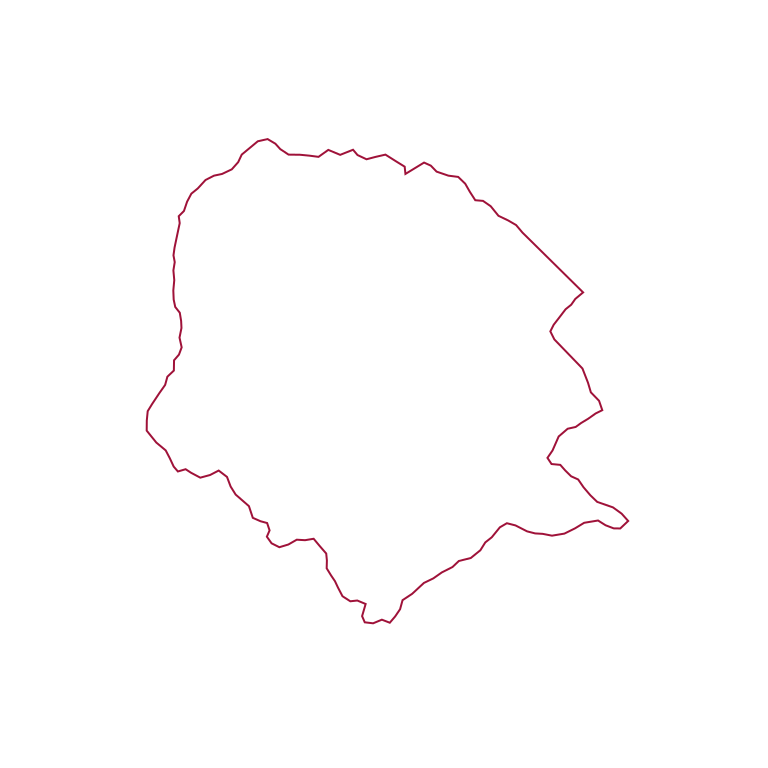 outline of Alto Alegre, São Paulo, Brazil, rotated 44°
{"feature_id": "56859067B22861032704344", "entity_name": "Alto Alegre", "entity_type": "district", "adm_level": 2, "iso_a3": "BRA", "parent_name": "Brazil", "parent_adm1": "São Paulo", "projection": "albers", "projection_center": [-50.184, -21.614], "detail": "fine", "context": "isolated", "style": "outline", "palette": "rose", "viewbox_px": 768, "rotation_deg": 44, "n_neighbors": 0, "source": "geoboundaries", "source_scale": "gbopen_adm2", "svg_char_len": 2217}
<svg xmlns="http://www.w3.org/2000/svg" viewBox="0 0 768 768"><g transform="rotate(44 384 384)"><path d="M654.8,312.9L645.0,312.2L634.4,313.7L619.3,320.7L609.8,320.7L599.4,319.7L590.0,317.8L582.7,320.4L574.3,320.3L567.0,319.7L560.1,325.2L552.9,323.6L551.4,314.7L546.1,300.4L547.2,288.6L551.7,281.8L552.9,275.1L555.0,267.2L556.7,258.2L559.2,251.2L550.4,246.7L538.6,246.3L529.9,241.4L516.0,235.0L475.6,233.6L467.1,230.6L464.9,223.5L463.8,213.5L462.7,204.1L463.6,196.9L462.5,189.9L463.6,179.8L378.4,178.9L368.6,177.9L359.7,180.1L349.5,183.5L337.3,182.0L328.0,183.5L322.0,188.4L312.2,186.1L303.3,183.5L293.5,183.5L285.6,189.4L274.3,194.7L266.0,194.4L259.0,196.9L253.5,218.0L247.9,213.3L238.3,215.4L225.7,218.0L220.1,226.6L215.3,234.5L205.9,237.7L199.0,237.0L193.3,249.6L181.3,254.3L179.1,266.1L171.8,271.5L164.5,277.3L156.0,285.3L146.2,287.1L138.9,286.6L130.1,288.7L124.6,297.1L123.6,306.2L122.3,317.8L125.0,325.7L125.4,335.3L121.6,345.4L117.0,352.2L113.9,361.2L114.2,372.7L113.2,380.9L115.7,389.6L119.9,398.5L119.8,405.9L125.3,410.2L131.3,419.8L138.6,431.4L143.2,437.7L148.8,441.7L153.6,448.6L161.0,455.0L167.5,463.1L174.1,469.4L180.3,473.6L187.6,474.6L194.3,479.6L199.4,484.4L204.7,492.7L213.0,498.2L216.1,505.3L216.5,512.8L223.5,520.3L223.1,529.2L227.2,536.7L228.7,546.4L231.1,559.5L232.9,567.7L238.7,575.0L245.7,582.4L260.9,584.3L273.1,583.4L281.5,586.2L290.1,589.5L296.5,590.1L300.5,583.1L306.8,581.9L316.9,579.0L322.1,570.3L325.2,561.1L335.6,559.9L344.9,564.3L354.1,566.6L361.7,566.2L371.7,565.7L382.6,571.4L390.5,568.5L396.5,565.2L403.4,568.8L405.8,575.2L413.8,576.7L422.1,574.1L426.7,565.9L429.4,556.6L435.7,551.2L440.9,544.2L450.2,545.2L460.2,546.1L465.5,550.6L470.8,556.4L479.0,558.5L485.7,559.9L492.3,562.4L501.6,565.5L510.7,563.7L515.2,558.3L523.6,555.0L529.5,566.2L535.7,568.8L542.4,563.7L546.2,555.0L554.0,551.7L553.5,543.5L552.0,534.8L547.5,526.6L550.0,515.4L550.9,499.4L554.5,489.6L556.5,479.3L560.4,468.1L560.8,459.3L567.3,448.9L568.8,436.6L566.9,427.6L568.0,419.4L566.9,406.6L569.1,398.8L576.8,394.4L589.3,390.6L596.5,386.5L602.2,381.6L610.2,376.4L617.7,366.3L621.7,355.1L624.4,344.8L632.8,333.5L641.5,331.7L649.5,328.3L654.3,323.8L654.8,312.9Z" fill="none" stroke="#9f1239" stroke-width="2"/></g></svg>